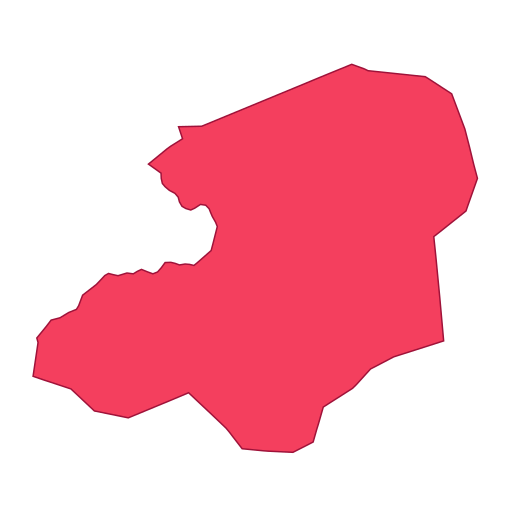 the district of Conceição do Canindé, Piauí, Brazil, rotated 182°
{"feature_id": "56859067B81135579858436", "entity_name": "Conceição do Canindé", "entity_type": "district", "adm_level": 2, "iso_a3": "BRA", "parent_name": "Brazil", "parent_adm1": "Piauí", "projection": "mercator", "projection_center": [-41.54, -7.918], "detail": "fine", "context": "isolated", "style": "filled", "palette": "rose", "viewbox_px": 512, "rotation_deg": 182, "n_neighbors": 0, "source": "geoboundaries", "source_scale": "gbopen_adm2", "svg_char_len": 1507}
<svg xmlns="http://www.w3.org/2000/svg" viewBox="0 0 512 512"><g transform="rotate(182 256 256)"><path d="M93.1,441.1L128.8,443.6L150.5,445.1L154.1,446.7L167.0,450.9L189.2,440.9L197.4,437.2L220.6,426.6L314.8,383.8L337.9,382.5L333.5,370.6L344.9,362.9L348.4,360.2L366.7,344.1L353.8,335.5L353.4,330.2L352.1,325.2L349.3,322.1L344.9,318.6L339.2,315.8L335.8,312.1L334.4,307.4L331.7,303.1L327.8,301.0L322.8,299.7L319.0,301.6L313.3,305.6L308.0,305.0L304.5,301.6L302.8,297.7L301.0,293.9L297.6,288.4L295.7,284.1L299.5,266.5L301.0,259.9L314.8,246.9L317.7,244.4L322.1,245.3L326.6,245.5L332.2,244.4L336.5,245.8L340.9,246.7L346.6,246.3L350.2,241.0L353.8,236.6L358.4,234.6L363.7,236.3L370.0,238.6L374.1,236.5L378.0,233.9L384.4,234.5L393.2,231.5L397.7,232.3L402.8,233.4L406.4,231.2L411.2,225.7L414.6,221.9L427.9,210.8L431.5,200.1L433.6,196.4L441.2,193.0L449.8,187.4L454.8,185.9L458.5,184.8L462.9,178.6L472.2,166.4L470.8,161.9L474.6,128.0L463.1,124.5L458.5,123.2L436.3,116.7L412.1,95.5L378.0,89.8L345.3,104.7L339.3,107.4L335.2,109.3L318.6,117.0L291.7,93.4L279.9,82.9L276.5,79.1L272.5,74.2L263.1,62.9L242.0,61.6L237.3,61.4L221.7,61.2L212.2,61.1L196.7,69.7L192.4,72.1L189.2,85.1L187.9,89.8L183.5,107.4L154.9,127.1L151.2,131.0L137.6,147.1L127.5,152.8L121.0,156.5L114.9,160.0L111.0,161.4L65.5,177.7L70.9,221.0L75.6,256.8L76.4,262.8L78.5,277.9L79.0,281.6L74.1,285.7L47.7,308.3L46.7,311.7L37.4,341.3L41.6,355.1L46.5,372.6L51.7,390.2L66.1,424.9L89.8,439.2L93.1,441.1Z" fill="#f43f5e" stroke="#9f1239" stroke-width="1.5"/></g></svg>